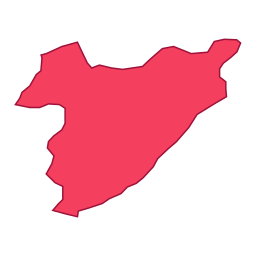 the district of Tranemo, Västra Götaland, Sweden
{"feature_id": "70781695B94862964500573", "entity_name": "Tranemo", "entity_type": "district", "adm_level": 2, "iso_a3": "SWE", "parent_name": "Sweden", "parent_adm1": "Västra Götaland", "projection": "equal_earth", "projection_center": [13.442, 57.51], "detail": "fine", "context": "isolated", "style": "filled", "palette": "rose", "viewbox_px": 256, "rotation_deg": 0, "n_neighbors": 0, "source": "geoboundaries", "source_scale": "gbopen_adm2", "svg_char_len": 967}
<svg xmlns="http://www.w3.org/2000/svg" viewBox="0 0 256 256"><path d="M226.3,94.7L225.8,88.6L225.8,81.8L219.6,76.9L219.6,68.8L223.3,63.2L230.7,57.5L236.9,51.9L240.6,43.0L236.7,39.8L224.3,39.3L214.3,41.5L207.7,52.2L191.2,53.6L182.3,50.0L173.5,46.5L162.4,48.6L155.8,54.3L149.2,60.1L142.5,66.5L122.6,69.4L111.6,68.0L99.4,65.1L91.7,68.0L87.3,63.0L81.8,51.5L77.5,42.4L77.4,42.2L61.9,46.5L46.4,53.6L41.1,55.0L42.0,57.9L40.9,70.8L36.4,74.4L29.8,85.9L22.0,92.4L19.8,98.2L15.4,104.6L29.7,107.5L39.7,107.5L48.5,103.9L59.6,104.6L65.1,108.3L65.1,123.4L61.8,129.9L54.0,135.7L48.5,141.5L47.4,148.0L54.0,155.9L51.8,163.9L46.2,174.0L55.1,182.7L62.8,186.4L62.8,199.5L58.4,203.8L52.8,210.4L66.1,214.0L77.5,216.7L78.3,211.1L88.7,208.0L102.3,203.5L109.4,198.6L121.0,193.6L127.4,187.0L136.2,183.4L143.0,177.9L148.1,172.4L153.3,166.7L157.7,158.6L168.0,148.9L176.4,141.7L188.7,127.6L197.1,114.4L215.8,102.9L226.5,96.7L226.3,94.7Z" fill="#f43f5e" stroke="#9f1239" stroke-width="1.5"/></svg>